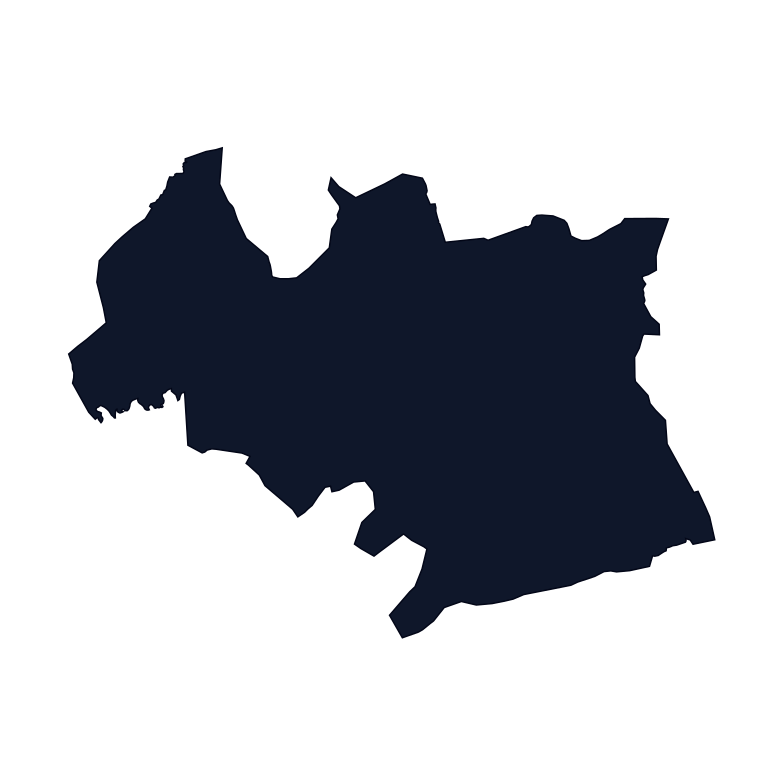 the district of Ringim, Jigawa, Nigeria, rotated 173°
{"feature_id": "59680162B52609098277437", "entity_name": "Ringim", "entity_type": "district", "adm_level": 2, "iso_a3": "NGA", "parent_name": "Nigeria", "parent_adm1": "Jigawa", "projection": "orthographic", "projection_center": [9.164, 12.166], "detail": "fine", "context": "isolated", "style": "filled", "palette": "ink", "viewbox_px": 768, "rotation_deg": 173, "n_neighbors": 0, "source": "geoboundaries", "source_scale": "gbopen_adm2", "svg_char_len": 4778}
<svg xmlns="http://www.w3.org/2000/svg" viewBox="0 0 768 768"><g transform="rotate(173 384 384)"><path d="M515.8,638.1L522.4,637.0L532.3,636.4L553.8,631.7L554.2,629.5L552.8,628.3L553.5,627.8L555.3,628.1L556.5,626.9L556.2,625.3L557.1,624.4L556.6,622.9L557.0,621.1L556.6,619.2L557.7,617.5L561.1,617.8L564.3,618.2L566.0,617.5L566.0,616.2L568.3,615.0L571.5,615.6L574.1,610.8L575.4,606.8L577.0,603.3L578.4,602.9L579.4,601.1L580.6,598.9L582.4,598.8L583.4,597.3L584.9,595.0L586.6,594.3L588.5,592.1L591.1,591.7L593.5,591.1L594.9,588.9L592.9,586.8L600.8,577.0L613.7,570.1L626.1,561.9L634.0,556.2L651.5,541.1L656.6,520.1L653.2,493.9L652.2,478.6L673.7,464.4L683.4,458.7L693.3,452.2L691.0,441.6L691.3,436.7L690.4,432.9L691.2,428.0L693.0,422.8L680.5,392.0L674.9,384.2L672.7,385.6L671.8,384.8L671.6,383.4L670.9,382.3L669.6,380.1L668.5,381.1L667.6,382.6L667.3,384.2L668.1,385.8L668.7,387.4L668.1,389.7L669.7,390.8L671.7,391.6L672.5,392.6L672.9,393.1L672.8,394.4L671.8,395.6L670.1,396.0L669.1,396.9L667.6,397.2L666.1,396.3L664.0,394.9L662.0,392.9L661.6,392.4L660.4,390.9L659.2,388.5L658.3,386.4L656.6,384.6L655.7,383.2L654.8,383.1L654.7,384.4L654.5,386.4L654.1,388.1L653.7,390.3L653.4,390.7L652.6,391.5L652.1,391.5L652.3,390.5L652.4,390.1L651.3,388.4L649.6,387.4L647.6,387.8L646.2,388.3L647.9,389.6L646.8,390.8L645.4,390.8L644.3,389.1L642.2,388.8L640.7,389.8L639.8,391.2L639.0,393.1L638.4,395.4L636.9,397.6L635.0,398.6L632.5,399.3L630.1,399.7L630.4,397.7L629.9,395.8L628.5,394.1L627.5,393.4L625.4,390.9L624.5,388.5L623.1,387.2L621.4,386.8L620.1,387.0L620.4,388.0L620.7,389.2L620.2,390.5L619.1,391.7L617.4,392.0L616.4,391.1L615.3,389.8L614.8,388.3L613.7,387.8L612.0,388.4L610.1,387.8L608.6,388.2L607.3,387.8L606.2,388.4L606.5,389.3L607.8,389.0L608.3,390.1L607.9,390.9L606.7,390.9L605.4,391.6L604.8,392.8L604.4,394.4L604.8,396.4L605.5,398.1L605.6,399.3L605.6,400.2L604.5,401.8L602.4,402.1L599.9,404.2L597.9,405.0L595.6,405.4L595.8,402.8L591.8,398.5L591.1,395.3L590.6,392.7L589.0,393.6L587.8,396.8L586.1,399.6L582.9,400.2L586.1,347.1L575.3,339.5L572.9,337.8L570.2,338.3L567.6,340.0L562.8,340.6L558.5,339.7L533.5,332.8L525.8,328.5L530.5,322.0L528.5,320.1L518.9,308.9L514.5,297.6L489.9,270.8L488.2,267.5L485.7,262.6L484.2,263.4L478.4,266.4L474.8,269.2L470.1,272.3L462.8,280.8L455.1,288.7L449.5,289.1L448.8,283.4L441.5,284.1L426.1,290.4L414.6,290.1L407.5,278.4L407.9,260.6L422.8,249.3L432.8,228.7L427.0,223.5L414.9,214.4L407.6,218.7L407.2,218.9L383.0,232.7L382.7,232.6L375.6,225.5L364.4,217.7L361.5,215.0L368.8,195.7L377.9,179.0L383.7,174.7L406.7,153.8L396.7,129.9L380.0,133.6L375.7,135.4L367.6,140.5L363.7,142.8L351.5,154.8L333.7,158.7L319.3,153.4L303.4,152.9L291.1,153.8L282.0,154.8L271.0,158.0L223.0,161.5L216.0,163.8L198.2,167.4L188.5,171.0L181.7,170.9L176.1,169.2L162.9,168.8L142.7,170.7L138.4,180.7L136.2,180.1L132.7,180.4L130.8,181.4L126.7,183.4L124.3,184.1L123.7,186.9L120.6,187.3L119.0,187.7L117.2,188.3L113.1,188.4L104.1,190.3L103.9,190.6L103.8,190.8L103.6,191.0L103.5,191.3L103.4,191.5L103.3,192.0L103.3,192.3L103.3,192.5L103.2,192.8L103.2,193.4L103.3,193.8L99.1,191.9L96.8,187.3L74.7,189.1L77.0,212.4L79.7,221.6L85.4,239.2L89.7,238.6L110.3,290.0L109.1,313.7L117.7,324.8L122.3,332.1L123.4,340.4L134.2,355.9L134.2,360.0L132.0,380.1L126.3,388.4L121.4,400.2L119.8,401.9L104.6,399.3L103.6,409.8L111.0,418.3L116.2,431.5L116.5,432.3L115.8,433.4L115.2,434.4L114.9,435.4L115.1,437.1L115.4,438.9L115.6,440.6L115.2,442.0L115.1,443.3L115.4,444.6L115.6,446.2L115.0,447.7L114.2,448.7L113.1,450.0L112.1,451.3L114.5,455.8L114.7,459.0L111.9,459.8L108.5,460.4L99.8,463.9L98.4,477.6L96.1,484.2L92.5,491.5L81.6,513.2L94.2,515.2L124.9,518.8L129.3,514.3L141.4,509.9L149.1,506.1L154.2,503.9L162.7,501.5L170.4,502.2L176.1,505.2L180.4,508.1L181.6,515.8L182.9,521.2L185.2,524.5L195.7,530.2L206.7,532.4L211.8,532.7L215.2,530.7L217.2,527.6L218.3,524.3L220.7,522.7L221.9,522.3L224.1,522.9L263.2,514.0L267.2,516.4L277.0,516.6L305.9,517.2L309.2,536.0L310.2,537.2L310.0,538.9L310.7,542.4L311.1,545.4L311.5,548.7L311.4,550.6L311.0,552.5L311.2,554.3L311.4,556.5L313.6,556.6L316.3,556.6L318.6,564.7L319.4,567.6L318.4,568.8L317.7,570.5L317.9,573.4L318.1,575.9L318.6,577.8L320.8,583.6L335.8,588.7L340.0,590.1L359.0,582.5L386.1,573.4L389.4,572.3L404.8,585.4L411.4,595.2L415.6,583.3L413.1,578.3L408.2,569.4L406.5,566.4L406.4,563.2L409.7,557.5L409.4,553.6L411.8,550.2L416.9,544.1L421.7,525.8L444.3,508.1L457.8,500.0L466.2,500.1L474.6,501.2L481.5,503.8L482.2,505.6L482.1,507.6L482.1,507.8L482.1,508.0L482.1,508.3L482.1,508.5L482.1,508.8L482.1,509.0L482.1,509.3L482.1,509.5L482.3,512.9L482.4,514.7L482.6,516.6L483.2,519.2L483.9,524.7L503.0,545.2L509.5,564.8L510.7,570.3L511.4,574.1L512.0,576.9L513.0,579.1L514.0,580.5L515.7,582.6L517.1,585.3L522.8,602.5L515.8,638.1Z" fill="#0f172a" stroke="#020617" stroke-width="1.5"/></g></svg>